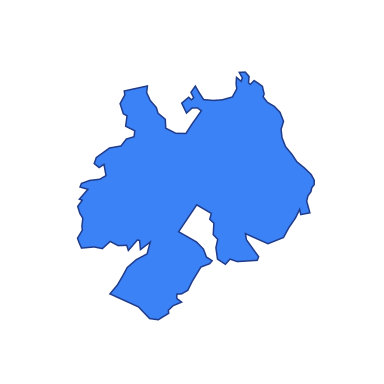 Kasan, Kashkadarya, Uzbekistan (Albers equal-area conic projection), rotated 212°
{"feature_id": "79887680B27619716135754", "entity_name": "Kasan", "entity_type": "district", "adm_level": 2, "iso_a3": "UZB", "parent_name": "Uzbekistan", "parent_adm1": "Kashkadarya", "projection": "albers", "projection_center": [65.779, 39.126], "detail": "fine", "context": "isolated", "style": "filled", "palette": "blue", "viewbox_px": 384, "rotation_deg": 212, "n_neighbors": 0, "source": "geoboundaries", "source_scale": "gbopen_adm2", "svg_char_len": 1893}
<svg xmlns="http://www.w3.org/2000/svg" viewBox="0 0 384 384"><g transform="rotate(212 192 192)"><path d="M127.0,276.8L136.7,280.0L144.5,285.8L149.7,292.4L151.8,300.4L159.6,306.2L167.5,308.2L175.7,308.0L182.1,310.4L182.8,313.4L188.3,318.9L193.2,319.3L198.4,319.4L199.6,314.1L201.9,314.5L204.8,320.2L210.4,321.9L215.3,318.5L209.7,315.4L209.0,311.9L215.0,312.8L212.1,307.4L208.7,303.2L208.1,294.0L215.3,286.1L222.5,280.9L231.1,276.5L238.6,280.0L245.3,283.6L245.7,276.0L240.5,272.8L241.3,269.8L245.0,270.6L247.8,261.9L238.5,256.0L236.5,263.2L232.0,266.2L227.1,265.8L228.0,249.4L228.2,238.4L236.8,233.2L248.1,232.2L253.2,239.5L262.6,240.8L267.0,244.7L276.0,247.5L283.1,252.2L286.0,258.3L303.0,241.8L300.4,238.7L299.8,228.8L291.6,221.9L287.5,222.2L283.1,212.6L273.0,213.6L270.4,208.2L275.7,202.2L276.6,193.4L285.3,185.6L291.4,170.5L290.0,164.3L283.7,163.5L281.3,168.8L273.6,160.3L277.0,153.9L285.0,147.5L290.3,140.7L289.6,136.9L281.7,139.1L283.7,126.2L280.7,126.9L281.3,119.2L275.7,114.4L270.7,111.9L267.1,104.4L264.8,101.6L264.6,92.1L260.6,89.0L256.0,85.9L245.8,93.6L238.0,96.5L235.2,106.7L226.2,107.4L219.1,112.2L215.0,108.7L212.9,122.4L210.7,123.1L205.2,115.8L200.9,127.5L197.3,115.7L203.4,105.1L206.9,93.7L206.3,84.2L206.0,73.5L207.6,62.1L176.5,66.2L160.8,62.2L152.9,65.8L147.5,76.8L149.4,79.1L147.8,85.6L142.5,93.1L148.5,93.6L150.7,97.4L146.9,100.0L143.5,106.4L144.5,116.3L144.7,133.1L139.0,140.6L138.5,144.4L145.3,144.5L152.0,149.6L161.7,152.0L182.3,151.2L181.2,183.6L164.3,184.1L162.5,178.3L156.9,177.1L151.4,167.1L145.1,165.5L142.2,157.4L134.8,148.6L125.4,148.4L124.2,155.2L116.7,157.0L100.5,168.6L101.2,172.4L120.5,180.3L124.6,185.0L100.2,188.4L90.3,201.9L91.0,213.0L90.5,224.8L91.5,234.3L87.8,230.5L81.0,236.8L89.9,245.0L91.7,250.3L91.3,255.3L92.7,259.1L92.3,262.9L94.5,266.7L100.1,269.9L109.1,271.9L119.2,273.2L127.0,276.8Z" fill="#3b82f6" stroke="#1e3a8a" stroke-width="1.5"/></g></svg>